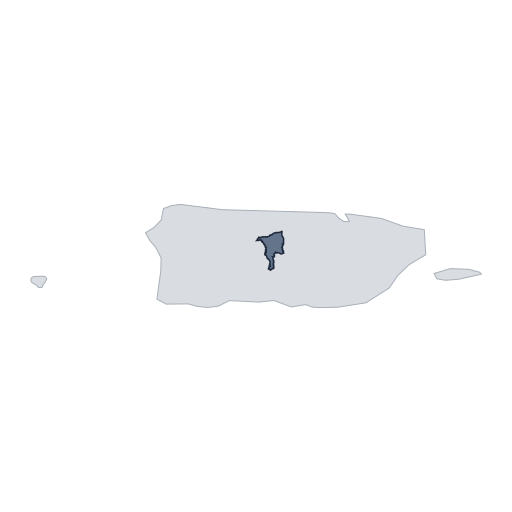 Ciales, Puerto Rico (highlighted)
{"feature_id": "32010507B34283188720428", "entity_name": "Ciales", "entity_type": "district", "adm_level": 2, "iso_a3": "PRI", "parent_name": "Puerto Rico", "parent_adm1": "", "projection": "mercator", "projection_center": [-66.527, 18.264], "detail": "fine", "context": "in_parent", "style": "filled", "palette": "slate", "viewbox_px": 512, "rotation_deg": 0, "n_neighbors": 0, "source": "geoboundaries", "source_scale": "gbopen_adm2", "svg_char_len": 4473}
<svg xmlns="http://www.w3.org/2000/svg" viewBox="0 0 512 512"><path d="M339.0,218.3L344.2,221.8L349.4,221.3L345.2,214.0L349.0,214.0L381.7,218.5L402.7,226.1L424.3,229.7L425.7,254.7L409.1,264.7L398.2,275.1L389.3,287.9L366.0,302.8L337.9,307.2L319.3,307.6L312.3,307.1L305.5,304.6L291.4,307.0L273.9,300.5L259.0,302.1L229.3,300.6L218.2,306.2L207.6,307.5L197.1,306.4L188.2,303.9L166.2,304.1L156.9,299.2L160.8,270.8L161.1,257.9L155.7,247.3L149.8,240.6L145.5,232.7L154.1,227.5L161.2,219.9L163.5,208.5L171.2,205.7L180.3,204.4L222.4,209.7L328.9,212.7L334.9,213.7L339.0,218.3ZM459.0,279.2L445.6,280.3L436.9,278.8L434.0,273.5L450.2,268.6L469.1,269.3L479.9,272.3L481.3,274.2L459.0,279.2ZM41.7,287.4L40.1,287.6L38.5,287.4L37.8,286.9L36.7,285.3L31.9,282.6L30.7,280.1L31.8,277.5L33.8,276.5L43.7,276.2L44.7,276.4L46.6,278.2L46.7,279.5L45.7,280.8L44.0,283.9L43.3,284.7L42.7,285.5L42.5,286.9L41.7,287.4Z" fill="#d9dde1" stroke="#a8b0b8" stroke-width="1"/><path d="M257.5,239.3L256.8,240.3L257.4,240.1L257.6,240.3L257.8,240.3L257.9,240.5L258.2,240.3L258.7,240.4L259.0,240.2L259.6,240.1L259.7,239.9L260.0,239.9L260.2,239.7L260.3,240.1L261.0,240.3L261.2,240.2L261.6,240.8L261.9,240.7L261.8,241.2L261.6,241.4L261.9,241.8L262.5,241.8L262.7,242.2L262.9,242.3L262.8,242.5L263.3,242.7L263.4,243.2L263.7,243.4L263.6,243.6L263.8,244.0L264.0,244.0L264.4,244.6L264.4,244.9L264.9,245.3L265.3,245.3L265.4,245.6L265.2,246.0L265.3,246.1L265.2,246.5L265.4,247.3L266.3,247.5L266.1,248.2L265.9,248.5L265.9,248.8L265.9,249.4L266.2,249.4L266.3,249.7L266.2,249.9L265.8,249.8L265.6,249.8L265.7,250.2L265.9,250.3L266.2,250.6L266.1,250.8L265.9,250.7L266.0,251.0L265.5,251.1L265.5,251.3L265.6,251.6L265.5,252.0L265.8,252.0L266.2,252.3L266.3,252.5L266.2,252.7L265.9,252.7L265.5,252.7L265.2,252.6L265.2,253.2L265.0,253.3L265.4,253.8L265.0,254.0L264.9,254.3L264.8,254.6L265.1,255.0L266.4,255.6L266.8,256.8L267.4,258.6L268.0,258.6L268.6,259.4L268.6,259.6L269.1,259.7L269.3,259.9L269.5,260.7L269.6,261.1L269.8,261.4L269.9,261.6L270.2,262.2L270.2,262.7L270.1,263.0L269.7,263.6L269.7,263.9L269.5,264.3L269.6,264.6L270.0,264.9L270.0,265.2L270.5,265.8L270.3,266.4L270.0,266.5L269.9,266.4L269.6,266.4L269.5,266.6L269.2,266.5L269.4,267.0L269.0,267.4L269.0,267.6L268.7,267.9L268.7,268.3L268.8,268.4L268.4,268.9L268.6,269.1L269.2,269.4L269.4,269.4L269.6,269.6L270.1,269.6L270.1,269.8L270.5,270.2L270.8,270.0L271.1,269.7L271.3,269.3L271.9,269.1L272.4,268.8L272.4,268.5L272.7,268.2L273.2,268.1L273.6,268.4L273.7,268.2L273.8,268.1L273.6,267.8L273.6,267.5L273.8,267.1L273.9,266.2L273.6,265.8L273.6,265.2L273.2,264.9L273.3,264.6L273.5,264.5L273.3,264.2L273.3,263.7L273.5,263.4L273.7,262.7L273.9,262.5L273.7,262.2L273.6,261.5L273.7,261.2L273.4,261.0L273.7,260.4L273.3,259.8L273.2,259.7L273.2,259.3L273.0,258.7L273.0,258.3L272.8,257.6L272.9,257.1L272.7,256.9L273.1,256.9L273.8,256.8L274.2,256.9L274.4,256.6L274.4,256.3L274.6,255.7L274.5,255.4L274.1,255.3L274.1,255.0L273.7,254.6L274.1,253.9L274.4,253.4L274.8,253.2L275.2,253.2L275.5,252.9L275.6,252.2L276.1,252.5L276.3,252.9L276.6,252.8L276.8,252.9L277.1,252.7L277.6,252.9L277.9,252.8L278.7,252.8L279.9,253.3L280.0,253.4L280.2,253.6L280.5,253.8L281.5,254.0L282.0,253.7L282.5,253.5L283.1,253.4L283.6,253.1L283.4,252.8L283.6,252.2L283.3,251.9L282.9,251.8L282.8,251.5L283.0,251.2L283.4,251.1L283.4,250.9L282.7,250.8L282.6,250.6L282.7,250.1L282.2,249.4L282.5,249.1L282.2,248.9L282.5,248.4L282.5,248.2L282.3,247.6L281.8,247.4L281.8,247.2L282.0,247.2L282.2,246.6L282.4,246.3L282.8,246.0L282.9,245.7L282.6,245.2L282.8,244.8L282.4,244.5L282.3,244.2L282.8,243.8L282.9,243.7L283.1,244.3L283.5,244.2L283.3,243.5L283.7,242.6L283.7,242.4L283.5,242.0L283.6,239.7L283.6,239.3L283.6,238.5L282.6,236.5L282.4,236.4L282.1,235.9L281.9,235.4L281.7,234.9L281.9,233.6L281.8,233.4L282.0,231.5L281.4,231.4L281.1,231.8L280.3,232.2L279.8,232.2L278.6,232.5L277.4,232.6L276.8,232.4L276.4,232.5L275.9,232.8L275.7,232.7L274.7,232.9L274.1,233.2L273.8,233.2L273.3,233.5L273.0,233.7L272.6,234.1L272.5,234.5L271.8,234.5L271.1,234.8L270.9,235.2L270.8,235.3L270.5,235.3L270.0,235.1L269.6,235.6L269.4,236.0L269.0,236.3L268.1,236.5L267.8,236.7L266.9,236.9L266.8,237.1L266.5,236.9L266.1,236.9L265.8,236.8L265.4,237.0L265.2,236.7L264.7,237.0L263.9,237.0L263.2,236.7L262.8,236.9L262.6,236.9L262.0,237.1L261.9,237.0L261.5,237.3L261.1,237.6L260.8,237.3L260.3,237.5L259.5,237.5L259.2,237.3L258.7,237.2L258.6,237.4L258.7,237.7L258.5,238.1L258.0,238.6L257.6,238.7L257.5,239.3Z" fill="#64748b" stroke="#1e293b" stroke-width="1.5"/></svg>